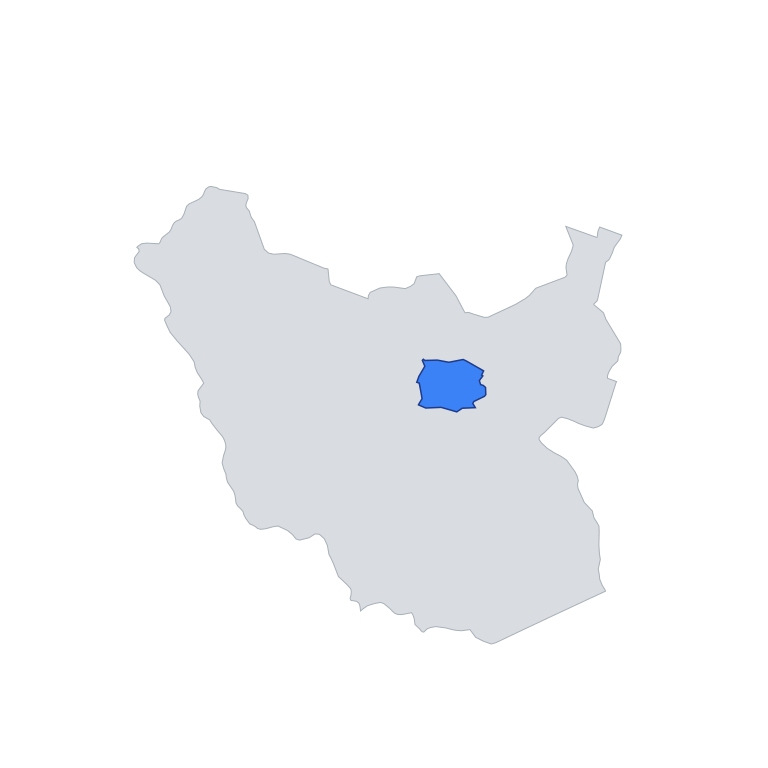 Ayod, Jonglei, South Sudan shown in context, rotated 20°
{"feature_id": "79223893B14285446390064", "entity_name": "Ayod", "entity_type": "district", "adm_level": 2, "iso_a3": "SSD", "parent_name": "South Sudan", "parent_adm1": "Jonglei", "projection": "orthographic", "projection_center": [30.968, 8.272], "detail": "fine", "context": "in_parent", "style": "filled", "palette": "blue", "viewbox_px": 768, "rotation_deg": 20, "n_neighbors": 0, "source": "geoboundaries", "source_scale": "gbopen_adm2", "svg_char_len": 4228}
<svg xmlns="http://www.w3.org/2000/svg" viewBox="0 0 768 768"><g transform="rotate(20 384 384)"><path d="M598.2,567.9L577.7,588.7L576.2,589.9L573.7,591.6L565.4,591.7L556.8,590.7L548.8,585.4L540.8,589.5L535.7,590.9L532.6,591.4L525.4,592.1L515.4,594.3L510.8,597.1L508.3,599.3L506.3,603.4L505.3,603.8L503.4,603.3L500.8,601.7L495.4,599.4L492.7,594.2L490.2,591.1L488.1,589.5L479.6,594.6L475.5,595.9L472.1,595.7L465.8,592.8L459.0,590.4L455.5,590.4L450.2,593.5L444.2,598.1L441.1,602.6L439.6,605.3L437.5,601.2L435.5,598.6L432.6,597.6L426.8,598.6L425.5,597.1L425.2,593.6L424.3,590.3L422.9,587.9L418.4,585.4L407.0,580.5L398.3,570.5L393.8,565.9L390.6,563.0L386.1,555.2L380.9,549.8L374.6,547.3L370.4,548.5L366.1,554.2L358.0,559.6L354.3,559.7L349.5,556.8L343.6,554.7L332.9,553.7L328.4,556.2L322.6,560.3L317.7,562.8L314.6,563.0L311.8,562.0L308.6,561.5L305.8,561.4L300.1,557.6L297.1,554.8L295.2,552.1L291.9,550.3L288.2,548.7L285.5,546.3L284.1,543.3L282.0,539.5L279.3,536.1L270.6,529.8L268.0,526.2L266.2,522.6L262.6,518.7L258.8,513.4L257.7,505.8L257.5,499.6L256.8,496.7L255.2,493.9L253.3,491.4L250.3,488.7L243.2,484.6L235.9,480.0L232.4,477.3L225.7,476.2L221.7,473.5L218.4,467.7L217.1,463.1L213.8,459.5L212.3,456.9L211.6,453.9L214.3,444.8L210.5,441.5L204.7,437.2L200.6,432.6L198.2,428.3L190.8,422.7L174.8,414.2L165.5,408.7L160.5,403.9L156.1,399.2L155.7,397.2L158.6,392.6L159.1,388.8L156.8,384.5L147.3,376.4L139.7,367.6L133.9,364.7L120.0,362.1L116.0,361.1L111.8,359.3L107.7,355.3L106.4,350.6L108.6,343.2L107.3,340.9L105.0,340.2L105.6,338.7L108.3,335.1L112.7,332.8L124.3,329.3L125.0,327.9L125.3,323.2L126.3,321.0L130.3,314.6L130.9,312.0L131.2,306.5L131.8,304.0L133.0,302.1L136.2,299.0L137.3,297.0L137.9,292.8L137.7,284.5L139.4,281.2L146.8,273.8L148.8,270.4L149.5,267.4L149.5,264.3L150.0,261.3L152.2,258.4L154.0,257.5L159.4,256.7L163.0,257.3L188.6,252.5L191.6,253.2L192.9,256.3L192.7,261.2L193.1,263.6L194.4,265.3L198.4,267.7L201.2,271.6L202.6,273.0L206.7,275.8L225.4,298.3L230.8,300.5L236.0,299.8L246.4,295.2L251.6,294.1L287.8,295.7L291.8,295.1L292.1,295.2L297.5,306.4L300.1,309.0L339.9,309.4L339.1,306.2L339.7,302.6L346.7,295.8L347.7,295.0L353.9,291.8L359.9,289.6L371.4,287.1L375.7,283.0L378.0,279.3L378.1,272.1L379.6,270.9L382.4,269.2L395.7,262.7L398.0,261.4L421.5,276.5L434.7,288.5L435.5,289.1L436.2,289.3L436.9,288.9L437.5,288.4L439.1,287.8L444.8,287.7L455.5,287.1L459.0,285.6L480.4,264.2L485.9,257.4L487.2,256.0L490.3,251.1L493.6,242.8L494.2,241.8L517.6,221.7L518.4,220.1L518.7,218.9L515.1,212.2L514.3,208.7L514.1,203.5L514.8,195.3L514.5,190.1L514.2,188.7L514.0,188.4L500.9,173.7L533.9,173.5L533.9,171.6L533.8,171.0L533.2,169.3L532.8,166.9L532.8,165.6L533.0,164.4L533.0,163.7L532.9,163.1L532.9,162.9L533.1,162.7L556.7,162.8L556.4,167.0L553.6,176.8L553.7,182.7L553.1,189.4L552.3,191.4L551.1,193.0L550.7,193.8L550.7,194.6L555.9,232.1L555.6,233.7L554.3,236.0L553.9,236.8L553.9,237.4L554.4,237.8L565.4,241.8L565.9,242.0L566.3,242.4L570.3,247.2L592.0,264.8L592.8,265.7L595.1,271.3L595.3,272.2L595.4,273.5L595.4,274.5L594.9,277.9L595.1,279.4L595.4,280.4L595.7,281.6L595.7,281.9L595.6,282.8L592.4,289.3L591.4,293.9L591.1,297.7L591.3,300.0L591.7,301.4L592.0,302.0L592.3,302.2L601.7,302.2L601.6,304.2L603.1,338.1L603.2,342.0L602.9,346.8L601.8,348.6L599.2,351.4L595.8,353.8L587.4,354.5L580.4,354.5L575.4,354.0L568.6,353.8L562.2,354.4L559.8,356.5L551.4,374.6L548.8,379.1L548.1,381.7L548.9,383.3L552.3,385.6L559.6,388.7L567.9,390.5L574.2,391.3L578.4,392.2L581.7,393.1L593.6,401.2L597.5,405.0L599.6,408.4L600.1,412.0L601.9,415.6L612.7,426.8L623.1,432.0L627.1,438.0L630.9,440.9L634.6,444.0L636.5,448.6L641.1,462.1L644.2,469.2L647.3,475.0L648.6,484.5L651.0,488.7L653.6,493.8L657.8,498.4L662.2,501.9L663.0,502.9L618.5,547.4L598.2,567.9Z" fill="#d9dde1" stroke="#a8b0b8" stroke-width="1"/><path d="M423.5,391.8L431.4,392.3L445.7,386.4L461.9,385.3L465.8,380.0L477.9,375.0L474.1,371.9L474.4,369.7L482.6,361.2L483.3,359.2L480.6,352.5L477.8,351.4L475.0,351.5L472.4,348.2L474.1,342.6L472.7,342.3L473.1,337.6L453.4,334.2L450.0,333.9L437.5,341.4L426.0,343.3L414.3,347.9L412.5,347.3L411.9,348.6L415.5,352.5L416.3,353.4L414.2,364.8L414.2,371.2L416.8,371.1L420.9,378.0L424.8,384.8L423.8,389.9L423.5,391.8Z" fill="#3b82f6" stroke="#1e3a8a" stroke-width="1.5"/></g></svg>